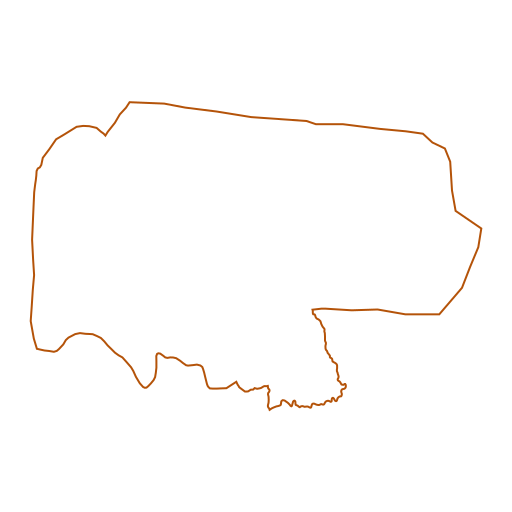 outline of Deiyai, Papua, Indonesia
{"feature_id": "22746128B51921656212420", "entity_name": "Deiyai", "entity_type": "district", "adm_level": 2, "iso_a3": "IDN", "parent_name": "Indonesia", "parent_adm1": "Papua", "projection": "equal_earth", "projection_center": [136.433, -4.156], "detail": "fine", "context": "isolated", "style": "outline", "palette": "amber", "viewbox_px": 512, "rotation_deg": 0, "n_neighbors": 0, "source": "geoboundaries", "source_scale": "gbopen_adm2", "svg_char_len": 6025}
<svg xmlns="http://www.w3.org/2000/svg" viewBox="0 0 512 512"><path d="M481.3,228.5L455.6,210.9L452.0,190.5L450.2,161.7L444.9,148.5L432.4,142.5L422.9,133.7L405.8,131.3L380.0,128.9L342.9,124.2L315.9,124.2L306.5,121.0L251.2,117.1L216.5,111.5L185.3,107.6L164.2,103.6L129.6,102.2L126.0,107.7L119.8,114.4L114.9,122.8L107.7,131.9L105.4,135.6L103.6,133.6L100.8,131.6L96.6,127.9L89.3,126.2L83.2,125.9L76.6,126.8L64.7,134.2L56.1,139.3L49.3,149.2L42.8,157.8L41.3,164.9L39.8,167.4L37.8,168.5L36.6,171.0L36.3,175.8L35.8,180.2L35.2,184.1L34.2,192.2L33.4,209.8L32.8,223.6L32.1,239.7L33.1,259.4L34.1,275.1L32.8,289.8L31.7,306.8L30.7,321.1L33.8,338.5L36.9,348.8L38.3,349.1L39.5,349.4L44.5,350.5L49.2,351.0L53.9,351.8L56.8,350.9L58.9,349.1L63.3,344.4L65.8,340.1L68.5,337.6L75.2,334.1L80.0,333.1L85.4,333.8L89.6,334.0L92.7,334.2L97.3,336.2L100.9,338.0L104.3,341.4L107.6,345.4L111.3,349.0L115.0,352.7L118.6,355.3L122.4,357.4L126.5,362.0L131.1,367.3L133.3,371.0L135.9,376.8L139.8,383.3L143.1,387.0L144.9,387.8L146.5,387.6L148.2,386.2L150.8,383.5L153.6,380.1L155.1,377.1L155.8,372.9L156.4,367.7L156.4,361.2L156.3,356.0L157.1,353.9L158.3,353.3L160.2,353.6L163.3,355.8L165.2,357.4L167.4,357.9L170.2,357.4L173.2,357.5L176.2,358.2L180.2,360.8L182.9,363.0L184.8,364.3L186.0,365.2L188.0,365.6L193.1,365.1L196.9,364.6L200.4,365.5L202.3,367.0L203.1,369.1L204.1,372.4L205.2,377.0L206.1,380.6L206.9,383.8L207.6,385.8L208.5,387.1L209.9,388.4L212.8,388.6L216.8,388.6L221.0,388.4L226.4,388.2L236.3,381.8L237.6,384.6L238.6,386.0L239.2,387.2L239.8,387.7L242.2,389.5L244.9,391.5L247.0,391.5L248.1,391.4L250.3,390.0L250.8,389.7L253.0,389.6L253.3,389.5L254.6,388.1L257.1,388.8L259.8,388.3L261.2,387.9L263.1,386.7L264.3,386.1L266.6,386.2L267.8,385.9L268.0,387.3L268.1,388.1L268.4,388.7L269.2,389.4L269.5,390.1L269.5,390.8L269.3,391.4L269.0,392.0L268.6,392.5L268.3,392.8L268.1,393.5L268.0,394.1L268.1,394.8L268.3,395.6L268.5,396.4L268.6,397.1L268.6,397.8L268.7,399.5L268.6,402.1L268.4,403.5L268.2,404.0L267.9,405.6L267.9,406.1L268.0,406.7L268.2,407.2L268.4,407.6L269.2,408.5L269.6,409.8L271.1,408.8L271.9,408.3L273.6,407.5L276.4,406.4L277.9,406.1L278.7,405.9L279.5,405.6L280.2,405.3L280.6,405.0L280.8,404.7L281.0,403.5L281.2,402.0L281.3,401.4L281.7,400.9L282.6,400.2L283.9,400.3L285.1,400.8L286.1,401.6L287.3,402.4L288.4,403.3L289.7,404.7L290.6,405.9L291.3,406.3L291.9,405.9L292.3,404.5L293.1,401.6L293.7,400.9L294.2,400.7L294.6,400.7L295.0,401.0L295.3,401.5L295.4,402.4L295.5,403.8L295.7,404.8L296.1,405.1L296.5,405.2L297.7,405.7L298.6,406.5L299.4,407.1L299.8,407.2L300.2,406.9L300.5,406.6L300.9,406.4L301.5,406.3L302.0,406.1L302.6,406.1L303.2,406.3L304.0,406.6L304.6,406.8L305.2,406.7L306.1,406.6L306.8,406.5L307.4,406.5L307.9,406.6L308.4,406.8L309.5,407.4L310.0,407.6L310.3,407.7L310.6,407.7L310.8,407.6L311.0,407.4L311.2,407.1L311.7,405.2L312.2,404.1L312.8,403.7L313.7,403.6L314.3,403.7L314.8,403.9L315.6,404.3L316.4,404.6L317.1,404.8L317.7,404.9L318.5,405.0L319.1,405.0L320.1,404.6L320.8,404.2L321.2,404.1L322.6,404.5L323.3,404.6L323.9,404.4L324.2,404.1L325.3,402.1L325.7,401.7L326.2,401.3L326.9,401.0L327.7,400.8L328.4,400.8L329.5,401.2L330.2,401.6L330.4,401.7L330.7,401.8L331.1,401.7L331.3,401.6L331.5,401.4L331.6,401.2L331.7,400.9L331.7,400.5L331.7,399.8L331.8,399.1L331.9,398.7L332.0,398.4L332.2,398.2L332.4,398.0L332.6,397.9L333.1,397.9L333.4,398.1L333.8,398.5L334.5,399.7L334.7,400.1L334.9,400.5L335.1,400.7L335.6,401.0L335.9,401.1L336.2,401.1L336.5,401.0L336.7,400.7L336.9,400.4L337.0,400.1L337.2,399.6L337.3,399.1L337.4,398.7L337.6,398.4L337.7,398.1L338.1,397.7L338.4,397.3L338.8,397.0L339.1,396.8L339.3,396.7L339.6,396.5L340.2,396.4L340.5,396.4L340.9,396.4L341.3,396.1L341.4,395.9L341.5,395.7L341.7,395.1L341.8,394.8L341.8,394.6L341.8,394.1L341.8,393.7L341.7,393.3L341.4,392.6L341.3,392.2L341.3,391.8L341.2,391.5L341.2,391.1L341.3,390.8L341.4,390.5L341.5,390.1L341.7,389.8L341.9,389.6L342.2,389.3L342.5,389.2L342.8,389.1L343.7,388.9L344.1,388.8L344.5,388.7L344.8,388.4L345.0,388.2L345.4,387.8L345.6,387.3L345.8,386.9L345.8,386.4L345.8,385.9L345.8,385.3L345.7,384.9L345.6,384.6L345.4,384.3L345.2,384.0L344.6,384.0L343.7,384.7L343.5,384.8L343.1,384.8L342.8,384.8L342.6,384.7L342.1,384.6L341.8,384.6L341.5,384.5L341.3,384.2L341.0,383.7L340.5,382.7L340.2,382.2L339.8,381.8L339.5,381.4L338.6,380.9L338.2,380.6L337.9,380.3L337.8,380.0L337.7,379.6L337.7,379.3L337.8,378.9L338.0,378.6L338.2,378.3L338.4,377.8L338.5,377.3L338.6,376.7L338.5,376.0L338.3,375.3L337.8,373.9L337.7,373.4L337.6,372.8L337.3,372.1L337.1,371.6L336.9,371.1L336.9,370.6L336.9,370.0L336.9,369.4L337.0,368.9L337.1,368.3L337.1,366.2L337.1,365.9L337.1,365.5L337.0,365.2L336.9,364.8L336.7,364.3L336.2,363.8L335.8,363.4L335.2,363.0L334.6,362.6L333.9,362.3L333.5,362.0L332.9,361.7L332.6,361.5L332.5,361.1L332.4,360.8L332.4,360.3L332.2,359.6L332.1,358.9L331.7,358.4L331.4,358.2L330.9,357.9L330.6,357.8L330.2,357.6L330.1,357.4L329.9,357.1L329.9,355.9L329.8,355.5L329.6,355.2L329.2,354.8L328.3,353.6L328.0,353.3L327.7,353.0L327.6,352.7L327.5,352.4L327.4,352.1L327.2,351.5L327.0,351.0L326.5,350.4L326.2,350.1L325.9,349.7L325.8,349.3L325.6,348.8L325.5,348.2L325.5,347.4L325.4,346.8L325.5,346.1L325.5,345.5L325.9,344.0L325.9,343.4L325.9,342.8L325.7,342.3L325.4,341.7L325.2,341.2L325.0,340.6L325.0,340.1L325.0,339.2L325.0,337.8L325.0,337.0L325.0,336.2L324.9,334.7L324.9,334.2L324.8,333.0L324.7,332.6L324.5,332.0L324.4,331.7L324.4,331.3L324.4,330.7L324.5,330.0L324.5,329.7L324.5,329.3L324.4,328.9L324.1,328.5L323.9,328.2L323.7,328.0L322.7,326.8L322.5,326.4L322.3,326.1L321.2,323.8L320.8,322.3L320.4,321.2L320.1,320.9L319.9,320.6L319.5,320.3L318.9,319.7L318.5,319.4L318.1,319.2L317.1,318.8L316.6,318.4L316.3,318.1L316.0,317.6L315.8,317.3L315.5,316.7L315.2,315.4L315.0,315.0L314.8,314.6L314.4,314.4L314.1,314.3L313.7,314.3L313.3,314.3L313.2,314.2L313.0,313.9L312.9,313.5L312.8,312.3L312.8,311.2L312.7,310.5L312.6,310.1L312.5,309.7L321.2,308.7L325.9,308.7L351.7,310.3L377.6,309.5L405.2,314.3L439.3,314.3L462.0,287.8L470.1,266.9L478.3,247.2L481.3,228.5Z" fill="none" stroke="#b45309" stroke-width="2"/></svg>